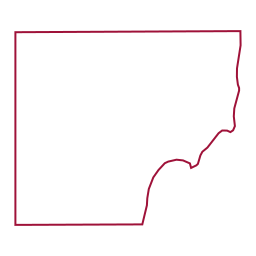 Iosco, Michigan, United States of America
{"feature_id": "52423323B62328653223732", "entity_name": "Iosco", "entity_type": "district", "adm_level": 2, "iso_a3": "USA", "parent_name": "United States of America", "parent_adm1": "Michigan", "projection": "orthographic", "projection_center": [-83.454, 44.337], "detail": "fine", "context": "isolated", "style": "outline", "palette": "rose", "viewbox_px": 256, "rotation_deg": 0, "n_neighbors": 0, "source": "geoboundaries", "source_scale": "gbopen_adm2", "svg_char_len": 536}
<svg xmlns="http://www.w3.org/2000/svg" viewBox="0 0 256 256"><path d="M15.4,224.9L142.3,224.4L146.9,205.3L147.3,198.2L148.8,189.0L153.3,177.4L158.5,170.0L164.8,163.2L168.2,161.6L176.5,159.7L183.0,160.4L189.9,163.4L191.1,167.9L196.3,165.4L197.9,163.9L200.4,155.4L202.4,151.7L207.4,147.6L218.6,133.2L222.2,130.5L227.1,130.6L230.4,132.1L233.1,130.3L234.9,126.1L233.8,116.4L234.3,108.4L239.1,90.6L239.1,88.0L237.9,84.7L236.9,76.9L237.0,68.4L240.6,45.3L240.4,31.1L15.4,32.2L15.4,224.9Z" fill="none" stroke="#9f1239" stroke-width="2"/></svg>